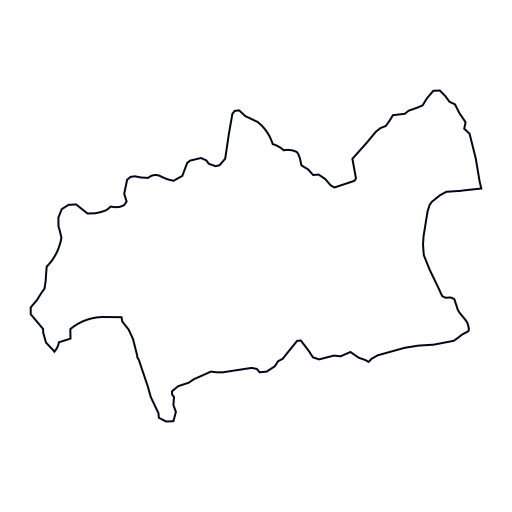 the district of As-Sanamayn, Dar`a, Syria
{"feature_id": "27442178B3893178613366", "entity_name": "As-Sanamayn", "entity_type": "district", "adm_level": 2, "iso_a3": "SYR", "parent_name": "Syria", "parent_adm1": "Dar`a", "projection": "mercator", "projection_center": [36.188, 33.104], "detail": "fine", "context": "isolated", "style": "outline", "palette": "ink", "viewbox_px": 512, "rotation_deg": 0, "n_neighbors": 0, "source": "geoboundaries", "source_scale": "gbopen_adm2", "svg_char_len": 5845}
<svg xmlns="http://www.w3.org/2000/svg" viewBox="0 0 512 512"><path d="M190.2,160.6L187.2,162.9L182.3,175.9L173.5,180.8L167.4,179.3L161.7,176.9L161.2,176.6L160.7,176.3L160.3,176.1L160.0,176.0L159.8,175.9L159.5,175.8L159.4,175.7L159.1,175.6L158.8,175.5L158.5,175.4L158.4,175.4L158.1,175.3L157.8,175.3L157.7,175.2L157.2,175.2L156.9,175.1L156.6,175.1L156.2,175.0L155.9,175.0L155.6,175.0L155.3,175.0L155.0,175.0L154.9,175.0L154.6,175.1L154.3,175.1L154.1,175.1L153.8,175.2L153.6,175.2L153.3,175.3L153.0,175.3L152.7,175.4L152.4,175.5L152.1,175.6L151.8,175.7L151.6,175.8L151.3,175.9L151.0,176.0L150.8,176.2L150.5,176.3L150.2,176.4L150.0,176.6L149.9,176.7L149.6,176.8L149.4,177.0L149.1,177.2L148.9,177.3L148.7,177.5L148.4,177.7L148.2,177.9L140.9,177.5L134.9,176.3L130.5,176.9L127.1,179.8L124.2,193.8L126.6,201.6L124.0,205.2L119.8,206.9L115.2,207.2L110.6,206.6L108.3,208.7L105.9,210.4L100.7,212.1L95.0,213.3L87.5,213.5L76.0,204.4L68.5,204.9L61.8,209.1L58.4,217.5L58.5,226.4L59.4,229.3L61.4,237.6L61.3,238.2L61.1,238.9L61.0,239.9L60.8,240.9L60.6,241.5L60.5,241.8L60.4,242.5L60.2,243.1L60.1,243.4L59.9,244.1L59.8,244.4L59.7,244.7L59.5,245.4L59.3,246.0L59.1,246.6L59.0,247.0L58.8,247.6L58.7,247.9L58.5,248.2L58.3,248.8L58.2,249.1L57.9,249.8L57.8,250.1L57.5,250.7L57.3,251.3L57.1,251.6L56.8,252.2L56.7,252.5L56.5,252.8L56.4,253.1L56.1,253.7L55.8,254.3L55.5,254.9L55.3,255.2L55.0,255.7L54.6,256.3L54.3,256.9L53.9,257.5L53.6,258.0L53.2,258.6L52.9,259.1L52.5,259.7L52.1,260.2L51.7,260.8L51.5,261.0L51.1,261.6L50.7,262.1L50.3,262.6L49.8,263.1L49.4,263.6L49.2,263.9L48.8,264.4L48.3,264.9L47.9,265.4L47.6,265.6L47.2,266.1L46.7,266.6L45.9,276.7L45.7,280.8L44.5,288.6L41.2,293.2L37.0,300.0L30.7,307.4L30.7,314.2L43.1,329.0L43.2,332.6L46.0,342.6L53.6,350.6L54.3,351.7L54.6,351.3L54.8,351.1L55.0,350.9L55.2,350.6L55.4,350.4L55.6,350.1L55.8,349.8L56.0,349.6L56.2,349.2L56.4,349.0L56.5,348.7L56.7,348.4L56.9,348.1L57.0,347.9L57.2,347.6L57.3,347.3L57.4,347.0L57.6,346.7L57.7,346.4L57.8,346.1L58.0,345.7L58.1,345.4L58.2,345.1L58.3,344.8L58.4,344.5L58.5,344.2L58.6,343.9L58.6,343.6L58.7,343.2L58.8,342.9L58.8,342.6L58.9,342.3L70.5,338.6L70.3,329.2L70.6,328.9L71.0,328.6L71.5,328.2L72.0,327.8L72.3,327.5L72.7,327.3L73.2,326.9L73.6,326.6L73.9,326.4L74.5,326.0L75.0,325.6L75.6,325.3L76.1,324.9L76.5,324.7L76.8,324.5L77.4,324.1L78.0,323.8L78.3,323.6L78.7,323.4L79.3,323.1L79.7,322.9L80.1,322.7L80.5,322.5L81.1,322.2L81.6,321.9L82.0,321.7L82.6,321.5L83.0,321.3L83.6,321.0L84.0,320.9L84.6,320.6L85.0,320.5L85.5,320.3L86.1,320.1L86.5,319.9L87.1,319.7L87.5,319.6L88.1,319.4L88.8,319.2L89.6,319.0L90.0,318.9L90.5,318.7L91.0,318.6L91.6,318.4L92.1,318.3L92.7,318.2L93.2,318.1L93.8,318.0L94.3,317.9L94.8,317.8L95.4,317.7L95.9,317.6L96.5,317.5L97.0,317.4L97.7,317.3L98.4,317.3L99.1,317.2L99.8,317.1L100.5,317.1L101.2,317.1L101.9,317.0L102.7,317.0L121.5,317.2L122.3,321.5L128.7,329.7L133.0,339.0L137.2,355.6L137.3,357.3L139.0,360.2L139.9,363.1L147.5,385.5L150.8,397.1L158.4,413.1L158.9,417.8L166.1,421.5L173.4,421.2L175.9,411.9L173.4,405.1L174.0,397.0L172.1,394.5L172.0,391.3L178.1,386.2L188.7,382.7L194.1,379.1L210.9,371.6L216.6,372.3L222.9,372.3L236.5,370.2L251.6,367.9L256.8,368.9L259.6,372.3L266.7,371.6L274.8,366.3L278.0,361.3L282.8,358.7L287.2,353.1L297.1,340.9L300.8,340.5L308.7,350.8L313.0,357.4L319.1,359.4L333.8,355.6L340.6,356.3L350.4,352.0L357.1,356.6L358.0,357.2L359.0,357.8L365.5,360.1L368.6,361.9L371.6,358.8L377.7,355.3L404.7,347.8L418.5,345.6L433.5,344.7L453.7,340.8L458.3,337.6L461.7,334.8L468.5,331.1L468.9,328.7L468.1,325.2L467.3,322.7L465.6,320.1L459.2,312.3L457.6,309.4L457.1,307.6L454.4,299.3L451.6,297.7L448.9,297.5L445.7,297.8L442.5,296.3L442.1,295.9L437.8,286.6L429.8,270.0L426.8,262.6L423.8,255.1L423.0,244.7L423.6,235.9L427.6,211.2L429.6,205.0L431.8,201.8L439.9,195.3L446.3,191.8L457.9,191.0L459.5,191.0L463.7,190.4L476.6,189.0L481.3,188.5L479.6,181.4L475.8,158.7L469.6,133.8L464.2,128.7L464.4,127.9L464.5,127.1L464.7,126.3L464.9,125.5L465.1,124.6L465.2,123.8L465.4,123.0L465.5,122.1L459.5,113.3L455.0,104.4L449.4,101.7L445.5,96.3L439.8,90.5L433.3,90.8L426.7,98.6L422.7,105.3L417.7,107.5L408.6,110.7L404.8,113.8L392.9,115.2L389.7,120.5L385.8,126.0L380.6,128.0L375.9,131.7L366.6,142.9L352.4,158.8L355.9,178.0L355.6,179.2L354.2,180.9L334.4,187.5L330.6,185.3L325.2,179.0L318.7,174.6L313.1,175.0L308.2,169.5L301.4,165.3L299.9,158.2L298.1,153.7L296.8,152.0L293.9,150.8L293.5,150.7L293.1,150.6L292.7,150.5L292.2,150.4L291.8,150.3L291.3,150.2L290.9,150.2L290.5,150.1L290.1,150.1L289.7,150.0L289.3,150.0L288.9,150.0L288.3,149.9L287.9,149.9L287.5,149.9L287.1,149.9L286.7,149.9L286.3,150.0L285.9,150.0L285.4,150.0L285.0,150.1L284.6,150.1L284.1,150.2L283.7,150.3L283.4,150.0L283.1,149.8L282.8,149.5L282.5,149.3L282.1,148.9L281.8,148.7L281.5,148.5L281.2,148.2L280.9,148.0L280.6,147.8L280.2,147.6L279.9,147.4L279.6,147.2L279.3,147.0L278.9,146.8L278.6,146.6L278.3,146.4L277.9,146.2L277.6,146.0L277.2,145.9L276.9,145.7L276.4,145.5L276.1,145.3L275.7,145.2L275.3,145.0L274.9,144.8L274.5,144.7L274.1,144.6L273.8,144.4L273.4,144.3L273.1,144.2L272.7,144.1L272.5,143.5L272.4,143.0L272.3,142.8L272.1,142.2L271.8,141.5L271.7,141.2L271.5,140.7L271.3,140.2L271.1,139.7L271.0,139.4L270.8,138.9L270.5,138.4L270.3,137.9L270.2,137.7L269.9,137.2L269.8,136.9L269.6,136.4L269.3,135.9L269.2,135.7L268.9,135.2L268.6,134.7L268.4,134.2L268.2,134.0L268.1,133.8L267.8,133.3L267.5,132.8L267.3,132.6L267.0,132.1L266.7,131.7L266.3,131.0L265.9,130.6L265.6,130.1L265.3,129.7L265.1,129.5L264.8,129.0L264.4,128.6L264.2,128.4L264.1,128.2L263.7,127.8L263.3,127.4L262.8,126.7L262.4,126.3L262.0,125.9L261.6,125.5L261.0,125.0L260.6,124.6L260.2,124.2L259.6,123.7L259.2,123.3L258.6,122.8L258.2,122.4L257.5,121.9L245.3,116.1L239.2,110.4L234.7,110.9L232.4,113.8L228.8,134.3L225.2,158.7L219.6,165.2L215.7,166.2L208.8,163.8L206.3,160.4L201.0,158.0L190.2,160.6Z" fill="none" stroke="#020617" stroke-width="2"/></svg>